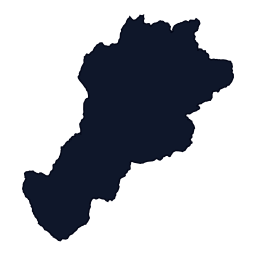 La Union, Arequipa, Peru (Robinson projection)
{"feature_id": "86281439B24532133151812", "entity_name": "La Union", "entity_type": "district", "adm_level": 2, "iso_a3": "PER", "parent_name": "Peru", "parent_adm1": "Arequipa", "projection": "robinson", "projection_center": [-72.836, -15.108], "detail": "fine", "context": "isolated", "style": "filled", "palette": "ink", "viewbox_px": 256, "rotation_deg": 0, "n_neighbors": 0, "source": "geoboundaries", "source_scale": "gbopen_adm2", "svg_char_len": 5703}
<svg xmlns="http://www.w3.org/2000/svg" viewBox="0 0 256 256"><path d="M118.6,42.8L116.4,44.3L115.5,44.2L115.1,44.5L112.2,43.9L111.4,44.9L110.6,45.0L110.1,46.3L109.4,46.5L107.7,46.5L105.9,46.0L104.4,46.0L102.6,44.1L102.4,43.5L102.0,43.0L100.0,43.1L98.9,44.2L97.0,45.1L95.8,46.9L94.7,47.8L92.9,51.6L91.6,52.1L90.3,53.4L89.5,54.7L89.0,54.8L86.7,54.2L86.2,54.8L85.9,55.9L84.5,56.9L84.6,58.3L84.1,59.9L84.3,62.9L82.2,66.5L81.4,68.6L81.1,70.6L80.2,71.7L79.5,73.5L79.7,74.9L78.3,76.8L78.6,78.1L79.8,80.1L83.3,84.3L85.1,87.0L86.1,88.0L87.0,90.5L87.9,91.1L88.7,95.0L88.8,97.5L88.3,98.3L86.7,98.8L85.6,99.8L85.0,101.6L84.5,102.2L84.0,103.7L83.9,109.3L84.1,112.4L83.4,114.4L84.2,115.8L84.2,117.4L83.4,119.0L81.7,120.2L81.2,122.2L80.2,123.3L79.9,124.1L80.3,127.1L80.9,128.7L81.0,130.9L81.0,131.9L80.4,133.2L80.5,133.8L79.4,133.3L77.9,134.1L76.5,134.3L75.9,133.9L75.0,134.4L74.9,134.8L75.2,136.0L72.6,136.7L72.0,137.1L71.1,138.3L71.1,139.3L70.2,139.1L69.7,139.4L69.3,141.5L68.4,141.3L67.5,141.6L66.1,143.0L65.0,145.0L64.0,145.7L63.7,147.3L62.6,147.0L61.4,147.1L61.3,148.1L61.6,149.7L61.2,150.9L61.3,151.9L60.3,155.9L59.8,156.3L59.5,157.8L58.1,159.7L56.8,160.4L56.3,161.0L55.5,163.9L53.9,164.4L53.3,164.9L53.2,165.2L53.4,168.2L52.7,170.5L51.2,171.3L50.6,172.4L50.4,173.6L48.6,176.1L45.6,175.9L44.7,175.1L41.2,173.1L39.9,173.1L39.5,173.6L38.1,174.1L37.2,173.6L35.9,173.3L35.0,172.6L33.7,172.1L33.4,171.4L32.9,171.2L31.1,171.5L29.5,171.3L28.3,171.9L26.7,171.9L25.7,172.3L24.7,173.4L25.3,177.0L25.2,177.5L25.9,178.0L26.2,179.0L25.7,179.4L24.3,182.3L23.6,183.2L23.6,184.4L23.3,184.9L23.7,185.6L23.4,186.0L23.4,186.7L23.1,187.0L22.8,189.0L23.3,189.9L23.5,191.9L24.8,193.4L25.0,194.5L25.5,195.1L25.5,195.9L25.9,196.7L27.0,197.3L28.4,198.5L28.6,199.2L29.5,199.7L30.3,203.2L31.7,205.1L31.3,206.4L32.0,207.1L32.7,208.5L32.6,211.1L33.7,212.7L33.7,213.6L34.9,215.2L35.3,216.6L37.6,218.9L37.6,219.8L38.8,221.8L38.8,222.6L38.5,223.2L41.0,225.5L42.4,225.9L43.7,227.5L44.9,229.6L46.8,230.2L47.8,230.9L49.9,232.6L51.6,235.0L52.8,235.5L53.4,236.9L54.5,237.0L55.2,237.8L56.3,238.2L58.5,240.2L60.3,240.6L61.4,239.5L61.7,238.9L62.3,238.5L65.7,238.9L67.4,238.3L69.3,235.0L72.4,233.6L73.7,232.1L76.5,229.8L77.7,227.7L80.0,226.5L81.2,225.6L83.2,224.9L84.1,224.1L85.7,224.0L86.3,222.8L87.3,221.7L89.2,218.0L88.4,215.4L88.3,213.5L88.6,212.6L89.0,209.5L90.2,206.8L89.8,204.7L90.1,203.9L89.9,203.5L90.3,203.0L90.3,202.2L91.1,200.4L92.5,198.3L93.0,198.3L93.5,197.9L94.7,198.1L95.6,198.7L96.7,198.7L98.1,198.0L98.3,197.6L99.2,197.6L102.2,198.7L103.2,198.7L105.0,199.2L106.1,200.5L107.8,201.3L108.5,199.7L110.9,199.5L111.9,200.4L113.5,198.7L114.3,198.5L114.6,197.9L114.7,196.5L115.5,195.5L115.6,193.0L117.5,190.9L118.6,188.0L118.9,186.6L118.3,185.3L118.3,184.2L118.9,183.3L119.7,179.0L121.2,177.6L124.7,176.0L125.1,175.5L124.9,174.1L125.2,173.5L126.8,172.4L127.7,170.2L129.8,169.2L130.0,168.4L129.7,165.6L130.4,163.8L130.2,162.6L131.2,161.1L131.7,161.4L132.7,161.3L134.0,162.0L140.4,163.2L140.7,163.0L143.2,162.8L144.2,162.1L147.4,161.1L152.6,160.6L154.4,159.9L155.5,158.8L156.4,158.4L157.3,158.6L159.2,159.8L160.2,159.9L162.1,158.4L162.3,157.6L163.2,156.5L164.3,156.4L165.8,155.3L167.6,155.1L169.2,156.4L169.9,156.3L170.4,155.8L170.8,154.6L171.7,153.7L172.3,152.4L173.6,151.4L175.6,150.5L178.4,150.6L181.9,151.1L182.3,151.4L185.0,150.1L186.3,148.0L187.0,147.3L187.1,146.5L188.2,146.3L189.3,145.7L189.9,145.0L190.3,143.8L191.9,142.8L191.8,142.1L190.9,141.9L190.5,140.3L189.9,139.5L189.9,139.2L191.8,137.1L191.7,135.8L191.3,134.7L192.9,133.2L193.7,129.1L194.4,128.2L193.7,125.7L192.1,123.2L191.6,121.2L190.3,120.7L189.6,119.7L188.0,119.5L188.1,118.4L187.8,117.9L186.9,117.1L185.9,116.8L185.6,116.4L185.5,116.0L186.0,114.2L187.0,113.6L189.8,113.7L193.1,111.5L196.2,110.6L197.5,109.6L198.8,109.1L199.5,108.1L199.3,107.3L198.2,106.2L197.1,105.9L198.3,104.1L199.9,103.6L201.0,103.6L202.2,102.6L205.2,101.0L206.5,101.0L209.3,100.1L210.3,100.2L211.9,97.5L211.8,94.1L212.8,91.4L216.5,90.9L217.2,91.2L217.6,91.7L218.1,91.7L218.8,91.0L219.6,89.1L222.8,87.7L224.2,86.9L225.8,86.9L226.4,86.4L227.1,85.1L228.8,85.0L231.5,81.5L233.2,77.4L233.1,74.3L231.8,72.7L232.3,70.3L231.6,69.3L231.5,68.8L232.2,66.7L231.6,63.5L230.8,62.7L230.5,61.5L228.4,61.3L226.0,60.4L223.1,60.0L220.4,60.2L219.6,59.9L217.7,60.0L217.0,59.6L215.6,59.8L213.9,59.3L211.1,59.8L208.7,58.6L208.5,57.7L208.6,55.8L208.3,54.8L207.6,53.9L205.6,52.9L205.2,50.9L203.0,51.0L202.2,50.4L201.7,49.4L199.8,49.0L198.8,49.3L198.4,50.1L197.8,50.1L197.9,48.7L197.4,46.8L197.9,44.2L197.0,42.9L195.6,42.3L195.7,41.8L195.3,40.9L194.5,40.0L194.1,39.3L194.0,38.8L194.5,38.3L195.0,36.4L194.3,35.8L194.1,35.1L193.7,34.7L194.1,32.2L197.3,30.2L197.4,29.3L197.9,28.6L197.9,27.5L198.4,25.9L198.8,25.0L199.4,24.3L199.7,23.1L199.3,22.4L199.1,21.2L198.5,20.5L197.5,20.1L196.9,19.3L196.1,18.8L195.2,20.2L194.7,20.6L190.4,20.3L189.9,20.6L189.5,21.6L188.9,22.1L187.2,21.7L185.9,21.0L184.2,21.5L182.1,22.8L180.4,23.0L179.7,23.7L178.4,23.7L176.3,24.8L174.5,26.0L173.3,28.1L172.8,29.8L173.2,30.9L171.7,32.3L171.2,32.3L171.1,32.1L171.2,31.1L169.6,29.7L170.2,26.6L169.7,26.0L168.9,25.8L168.9,24.4L168.1,23.9L167.7,23.2L164.9,23.1L163.7,22.3L163.5,21.8L162.7,21.4L161.6,21.5L160.5,21.0L159.3,21.3L157.9,22.7L157.2,22.6L156.5,23.3L155.1,23.2L153.4,23.8L150.8,26.2L149.7,25.2L149.6,24.4L149.3,23.9L148.4,23.8L145.8,24.2L144.6,23.4L143.6,23.3L143.2,20.4L143.9,18.6L143.3,17.2L143.4,15.4L142.3,16.0L140.1,15.5L139.5,16.8L138.3,17.6L136.4,19.5L135.7,20.0L133.9,20.4L133.1,20.3L131.9,19.4L129.8,16.9L129.3,18.1L128.0,19.0L127.6,19.7L126.9,21.0L126.3,23.1L124.4,25.5L123.8,25.9L122.1,29.0L121.6,29.4L121.9,31.6L121.0,32.7L120.6,33.9L120.4,37.9L119.6,39.6L119.1,39.9L118.6,42.8Z" fill="#0f172a" stroke="#020617" stroke-width="1.5"/></svg>